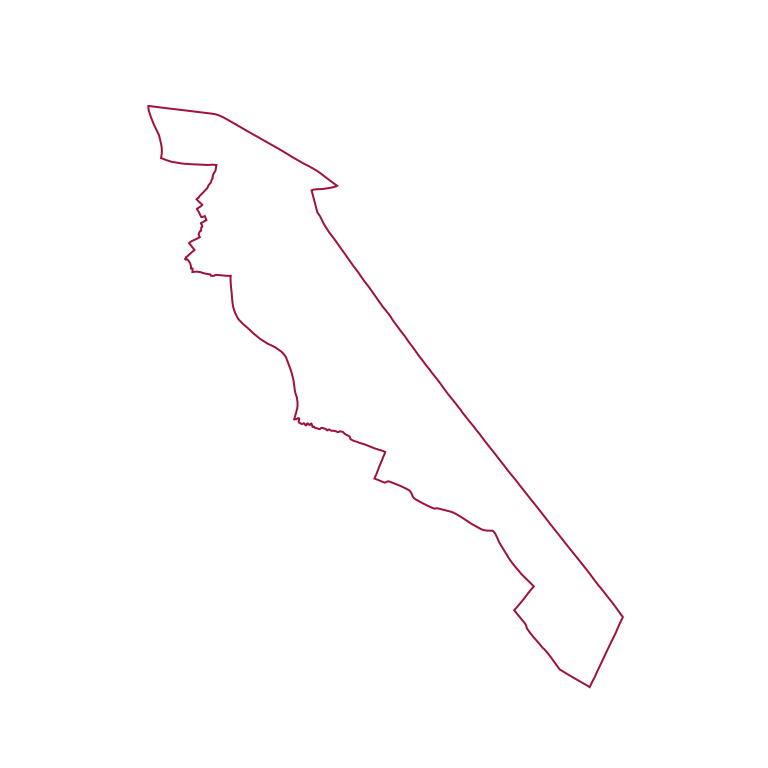 outline of Bang Kruai, Nonthaburi, Thailand, rotated 230°
{"feature_id": "78962969B85979697822456", "entity_name": "Bang Kruai", "entity_type": "district", "adm_level": 2, "iso_a3": "THA", "parent_name": "Thailand", "parent_adm1": "Nonthaburi", "projection": "mercator", "projection_center": [100.434, 13.813], "detail": "fine", "context": "isolated", "style": "outline", "palette": "rose", "viewbox_px": 768, "rotation_deg": 230, "n_neighbors": 0, "source": "geoboundaries", "source_scale": "gbopen_adm2", "svg_char_len": 6077}
<svg xmlns="http://www.w3.org/2000/svg" viewBox="0 0 768 768"><g transform="rotate(230 384 384)"><path d="M422.9,303.8L421.1,301.8L420.3,300.7L418.3,297.9L414.7,292.5L413.9,293.3L413.6,293.6L413.5,294.0L413.0,296.2L412.7,296.6L412.3,296.9L412.1,296.9L411.8,296.7L411.3,296.1L410.8,295.5L410.0,294.4L409.8,294.2L409.5,294.1L409.3,294.0L409.1,294.1L407.8,294.7L406.6,295.0L406.3,295.3L405.9,295.8L405.8,296.1L405.6,297.1L405.5,297.3L405.4,297.5L405.1,297.6L404.6,297.6L403.0,297.3L402.7,297.4L402.5,297.6L402.3,297.9L402.3,298.3L403.0,299.4L403.1,299.7L403.1,299.9L402.9,300.0L402.7,300.2L401.1,300.4L400.6,300.6L400.4,300.8L400.3,301.0L400.7,301.9L400.7,302.2L400.7,302.5L400.5,302.8L400.2,302.9L399.9,302.9L398.9,302.4L398.1,302.3L397.9,302.2L397.4,301.7L397.1,301.7L396.6,302.0L396.5,302.7L396.4,302.9L395.9,303.0L394.9,302.9L394.6,303.0L394.3,303.2L393.6,303.9L392.0,304.9L391.2,305.3L390.9,305.6L390.7,305.9L390.8,307.1L390.7,307.6L390.4,308.1L390.1,308.5L387.0,310.5L386.5,310.6L385.2,310.5L384.9,310.8L384.8,311.6L384.8,312.1L384.6,312.5L384.4,312.7L383.9,313.1L382.8,313.3L382.0,313.7L381.6,314.0L381.3,314.7L381.1,314.9L378.5,316.9L378.1,317.1L377.4,317.3L377.1,317.5L376.7,317.9L376.4,318.4L376.1,319.9L374.5,321.1L373.9,321.6L373.3,321.8L371.7,321.8L369.8,322.3L366.3,323.8L365.7,323.8L364.8,323.6L363.8,323.0L363.5,322.9L361.1,323.7L360.0,324.2L356.9,326.2L354.0,327.8L352.4,328.9L350.6,330.1L340.8,335.4L338.5,336.8L337.4,337.5L336.4,338.1L335.0,339.1L333.7,339.9L331.2,341.2L330.6,340.4L330.1,339.6L328.5,336.2L327.3,334.2L326.4,332.4L323.1,326.0L322.0,324.3L321.0,322.3L319.7,320.0L318.9,318.1L317.7,315.9L314.3,317.8L308.3,320.9L308.1,321.0L307.8,321.5L307.3,323.3L307.0,324.1L306.8,324.5L306.6,324.8L306.0,325.3L296.7,330.4L294.3,331.6L287.8,334.4L286.8,334.8L286.0,335.0L283.9,335.0L283.4,335.0L280.5,334.1L278.5,333.6L277.8,333.6L276.6,333.7L274.5,334.4L270.0,336.1L263.2,338.9L259.7,340.6L257.1,341.9L256.4,342.3L256.1,342.5L255.9,342.8L255.0,344.4L254.4,345.1L247.2,350.3L243.8,352.7L241.4,354.2L239.7,355.0L236.6,356.2L234.6,356.9L230.2,358.3L220.2,361.3L210.8,364.9L208.1,366.4L205.8,368.3L202.0,372.7L201.0,373.1L197.8,373.0L192.0,371.5L189.0,370.6L186.5,370.1L169.2,367.5L162.5,367.1L149.6,367.1L132.8,368.7L132.5,367.4L131.6,362.4L130.4,356.9L129.7,353.9L128.8,349.2L127.2,339.8L127.0,338.3L112.0,338.1L109.1,338.0L108.1,337.8L106.5,337.1L105.1,336.5L104.5,336.3L99.7,336.0L94.0,335.8L87.7,336.0L79.4,336.0L78.0,336.3L71.6,336.4L67.4,336.2L52.7,335.1L52.2,335.2L43.6,338.1L31.6,342.4L24.7,345.0L20.6,346.4L19.6,346.7L20.7,349.2L22.8,353.9L23.9,356.8L26.2,361.4L32.3,374.8L34.3,379.0L40.8,393.3L43.8,400.3L49.8,412.3L51.4,416.1L52.0,417.2L68.6,418.3L88.5,418.9L93.0,418.9L98.3,419.1L105.2,419.6L113.3,419.9L129.3,420.3L136.1,420.4L161.7,421.1L169.6,421.3L177.5,421.7L194.2,422.2L204.1,422.4L220.0,422.9L223.9,423.1L238.0,423.3L247.8,423.7L253.4,423.9L260.5,424.2L266.8,424.3L275.6,424.6L284.5,425.1L288.1,425.1L295.9,425.4L299.1,425.4L310.8,425.7L312.3,425.8L315.3,426.1L320.2,426.2L323.3,426.4L325.5,426.4L330.8,426.5L335.5,426.6L343.9,427.1L348.7,427.5L352.4,427.7L362.1,427.9L366.4,428.2L372.4,428.3L376.4,428.6L384.0,428.9L392.0,429.6L400.0,430.0L407.3,430.7L412.1,430.8L427.0,431.7L431.9,432.4L438.1,432.7L443.7,432.7L468.2,434.8L475.2,435.0L485.7,436.0L495.2,436.5L499.2,436.8L504.6,437.3L509.2,437.7L513.9,438.0L525.3,439.0L535.9,439.5L545.3,440.8L553.4,442.8L558.4,443.3L578.9,453.0L578.3,454.6L577.8,455.6L577.3,456.4L575.9,458.4L573.3,461.7L570.6,465.9L567.7,471.0L566.4,473.9L566.0,475.5L573.3,473.7L586.5,470.7L589.9,469.8L592.6,468.9L599.9,466.2L602.5,465.0L604.6,464.1L611.4,461.6L616.7,459.7L629.9,455.2L650.8,447.4L665.2,442.0L680.1,436.6L688.5,433.5L692.0,432.1L694.2,431.1L696.1,430.1L697.9,429.0L699.3,428.0L701.2,426.4L730.3,399.2L732.7,396.9L747.2,383.4L748.4,382.2L747.3,381.3L746.3,380.5L745.2,379.8L743.8,379.2L741.8,378.4L738.3,377.0L730.5,374.4L727.9,373.8L724.9,373.0L719.2,371.6L710.5,367.2L707.9,365.6L705.5,363.8L703.4,361.9L701.5,359.8L700.4,358.4L694.4,361.8L691.1,363.9L689.9,364.8L688.4,366.2L685.2,368.9L683.6,370.2L680.7,372.9L678.7,375.3L677.0,376.8L675.7,378.3L674.4,379.6L671.3,383.1L669.7,384.7L668.0,386.7L666.0,388.7L664.2,390.9L662.8,392.9L662.2,393.7L659.5,396.4L656.8,393.3L655.7,391.8L655.3,390.8L654.8,388.9L654.3,388.1L654.1,387.4L653.6,386.8L653.2,386.4L652.9,386.1L652.7,385.5L652.5,385.4L652.1,385.3L651.8,385.1L651.5,384.5L651.3,383.5L651.2,383.2L649.6,380.8L649.2,377.8L649.0,377.2L648.0,375.5L647.8,374.9L647.7,374.5L647.1,370.1L646.5,363.4L645.9,361.8L645.9,361.5L646.1,360.7L646.0,359.2L642.6,359.4L639.3,359.9L638.3,359.9L638.0,359.9L637.9,359.5L637.9,357.7L638.4,353.8L638.5,353.4L638.4,353.2L634.0,352.5L629.6,351.3L629.3,351.5L629.0,351.8L628.3,353.3L627.8,354.7L623.7,353.3L624.5,348.9L624.9,347.2L624.5,346.9L623.0,346.7L622.5,346.6L621.3,345.9L621.3,345.6L621.4,344.9L621.4,344.6L620.7,344.1L620.4,343.7L619.3,342.7L619.0,342.4L619.0,342.2L619.3,341.0L619.2,340.8L617.9,338.3L617.7,338.1L614.9,337.3L615.7,333.5L617.1,328.4L617.2,327.6L617.2,325.2L613.5,325.2L612.6,325.1L608.5,325.0L608.5,322.8L608.4,317.3L608.2,314.1L608.4,313.9L607.9,312.9L607.7,312.0L606.5,312.2L606.4,312.4L606.6,313.0L605.7,313.4L604.8,313.5L603.4,313.4L601.0,313.1L598.6,311.9L598.1,311.8L597.5,311.4L597.6,311.2L596.6,310.3L595.4,311.5L592.9,309.2L590.9,312.2L590.0,313.2L588.4,314.7L587.3,315.6L587.0,315.8L586.3,316.0L585.3,316.8L584.2,317.5L582.6,318.7L579.6,321.4L578.5,321.0L578.2,321.0L576.2,323.1L576.1,323.4L576.0,324.8L575.6,325.4L572.4,328.7L569.9,331.1L567.5,333.6L565.4,336.1L563.8,334.5L561.5,332.7L556.6,329.1L551.6,325.8L547.9,323.1L544.5,320.8L541.4,318.8L539.8,317.9L536.5,316.5L534.1,315.6L529.3,314.5L528.5,314.3L526.1,314.2L520.2,314.6L515.1,315.5L507.7,316.4L502.9,317.2L497.8,318.2L490.6,320.5L489.8,320.7L487.2,322.0L482.2,324.2L475.2,326.1L472.8,326.4L469.2,326.3L468.1,326.2L466.9,325.9L454.2,321.4L450.3,319.7L445.8,317.4L444.1,316.5L438.6,313.0L436.1,311.4L433.6,310.1L431.0,309.1L429.8,308.6L426.3,306.5L424.0,304.7L422.9,303.8Z" fill="none" stroke="#9f1239" stroke-width="2"/></g></svg>